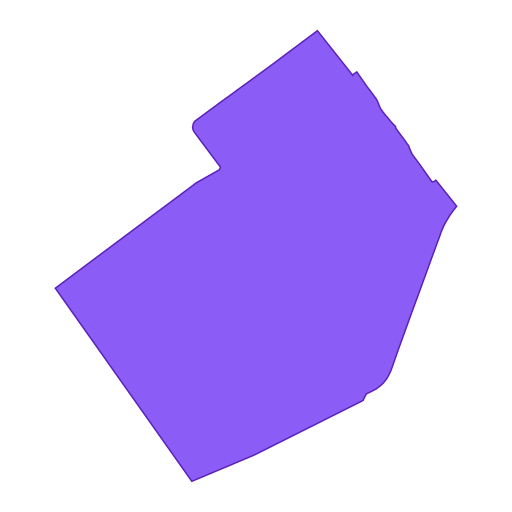 6 October-2, Al Jizah, Egypt
{"feature_id": "37247803B57962000824705", "entity_name": "6 October-2", "entity_type": "district", "adm_level": 2, "iso_a3": "EGY", "parent_name": "Egypt", "parent_adm1": "Al Jizah", "projection": "orthographic", "projection_center": [30.925, 29.941], "detail": "fine", "context": "isolated", "style": "filled", "palette": "violet", "viewbox_px": 512, "rotation_deg": 0, "n_neighbors": 0, "source": "geoboundaries", "source_scale": "gbopen_adm2", "svg_char_len": 1370}
<svg xmlns="http://www.w3.org/2000/svg" viewBox="0 0 512 512"><path d="M317.4,30.7L286.2,54.0L270.6,65.7L232.4,93.6L232.2,93.8L231.9,94.0L220.4,102.3L195.1,121.0L193.3,123.6L192.6,127.5L193.2,130.3L194.7,132.6L199.7,139.4L220.5,167.2L219.3,169.8L196.1,182.9L191.8,186.2L102.2,253.1L89.5,262.6L55.3,288.2L86.6,332.5L90.9,338.5L96.6,346.6L112.3,368.8L124.3,385.8L129.6,393.3L185.1,471.8L191.8,481.3L235.8,462.8L254.7,454.8L329.3,417.4L363.0,400.5L366.3,393.9L371.3,391.5L376.3,388.9L378.8,386.9L379.0,386.7L379.5,386.4L380.6,385.5L383.1,383.3L385.7,380.1L387.3,377.8L389.3,374.0L390.5,371.6L392.0,367.7L396.9,353.6L399.4,346.6L401.0,342.2L414.3,305.5L416.7,299.1L424.3,278.3L432.0,257.1L439.7,236.2L441.0,232.4L443.8,225.8L446.4,221.0L449.9,215.3L453.0,210.9L456.4,206.6L456.7,206.3L435.9,180.2L434.1,181.5L432.1,181.9L428.3,176.6L426.0,173.3L423.9,170.3L419.7,164.4L412.2,154.3L409.5,148.3L408.7,145.8L406.5,143.0L405.8,141.9L405.6,141.5L404.3,139.7L403.0,138.0L401.5,135.9L399.3,133.0L396.7,129.5L395.7,127.9L395.6,126.5L394.2,125.1L392.6,123.5L391.2,122.0L389.9,120.4L388.7,118.9L387.3,117.2L386.1,115.9L384.5,114.0L383.3,112.4L381.8,110.4L380.7,108.8L379.6,106.6L378.4,103.4L376.9,100.0L375.5,97.8L374.5,96.6L372.8,94.2L370.7,91.4L368.6,88.7L366.7,86.2L364.9,83.6L356.8,71.9L352.5,74.9L352.5,75.0L317.4,30.7Z" fill="#8b5cf6" stroke="#5b21b6" stroke-width="1.5"/></svg>